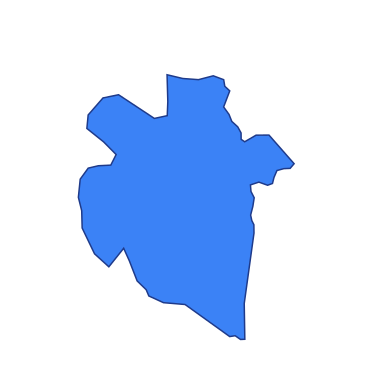 the District of Pader, rotated 216°
{"feature_id": "UGA-3101", "entity_name": "Pader", "entity_type": "District", "adm_level": 1, "iso_a3": "UGA", "parent_name": "Uganda", "parent_adm1": "", "projection": "orthographic", "projection_center": [32.872, 2.852], "detail": "fine", "context": "isolated", "style": "filled", "palette": "blue", "viewbox_px": 384, "rotation_deg": 216, "n_neighbors": 0, "source": "natural_earth", "source_scale": "10m", "svg_char_len": 912}
<svg xmlns="http://www.w3.org/2000/svg" viewBox="0 0 384 384"><g transform="rotate(216 192 192)"><path d="M163.2,283.3L126.0,274.9L126.5,268.8L131.4,264.9L135.9,259.3L134.2,251.9L131.9,246.2L134.8,241.9L143.7,239.3L148.9,232.1L144.6,227.1L138.3,223.9L134.3,216.1L131.0,207.8L126.9,204.1L122.7,201.9L117.7,195.2L84.2,132.5L62.7,103.9L66.1,101.2L72.6,101.1L76.5,97.2L131.5,96.9L150.0,85.7L165.8,82.5L171.6,86.0L184.1,87.8L202.1,99.4L214.2,106.3L215.3,82.6L234.5,84.7L259.7,98.3L270.2,112.0L280.8,120.9L290.0,136.7L290.0,150.3L283.2,158.2L273.5,166.0L275.4,177.7L293.0,180.6L314.4,181.6L321.3,193.3L319.3,215.8L308.6,227.5L265.7,229.4L256.9,239.2L264.7,250.9L281.1,272.2L266.2,278.4L252.8,286.7L243.1,298.5L232.4,301.5L227.6,296.8L220.9,296.0L216.4,279.4L207.6,276.5L201.3,272.5L193.3,271.6L187.0,268.6L183.2,263.5L178.9,263.6L173.6,275.6L163.2,283.3Z" fill="#3b82f6" stroke="#1e3a8a" stroke-width="1.5"/></g></svg>